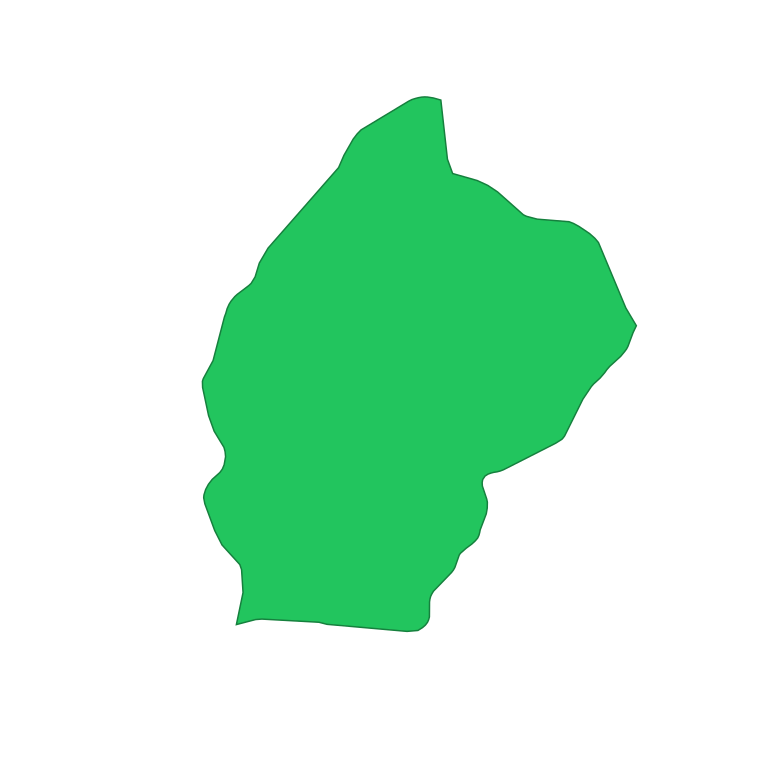 the Department of Flores, rotated 236°
{"feature_id": "URY-7", "entity_name": "Flores", "entity_type": "Department", "adm_level": 1, "iso_a3": "URY", "parent_name": "Uruguay", "parent_adm1": "", "projection": "natural_earth1", "projection_center": [-56.945, -33.556], "detail": "fine", "context": "isolated", "style": "filled", "palette": "green", "viewbox_px": 768, "rotation_deg": 236, "n_neighbors": 0, "source": "natural_earth", "source_scale": "10m", "svg_char_len": 1707}
<svg xmlns="http://www.w3.org/2000/svg" viewBox="0 0 768 768"><g transform="rotate(236 384 384)"><path d="M267.1,127.1L289.9,150.5L309.7,162.1L314.9,163.5L341.1,159.7L357.1,161.7L384.9,168.5L390.5,170.9L392.7,172.7L396.3,177.2L399.0,182.3L401.0,188.3L402.4,198.4L403.8,202.3L406.4,206.3L412.3,212.0L416.7,214.4L420.9,215.9L439.8,216.8L455.9,220.9L482.6,231.7L487.8,235.0L489.5,237.2L499.0,255.4L528.8,289.2L531.0,292.3L534.2,296.1L536.8,300.3L538.3,303.7L539.9,309.2L540.4,312.5L541.2,326.8L541.7,330.1L544.9,337.1L554.0,348.3L561.5,363.9L588.8,467.4L596.0,478.7L604.3,495.5L606.4,501.8L607.5,507.1L604.7,562.4L604.2,566.2L603.2,569.6L602.1,572.7L600.8,575.6L599.3,578.2L597.6,580.5L593.5,584.9L587.6,589.9L534.9,562.3L520.1,558.6L500.5,575.1L490.6,581.1L479.6,585.6L446.5,594.1L444.5,595.2L443.1,596.1L435.0,603.2L415.0,628.2L411.1,630.9L405.5,633.8L393.6,638.6L386.9,640.3L381.4,640.9L311.8,627.0L291.2,625.8L287.3,619.2L278.8,607.3L277.4,604.7L276.4,601.9L274.6,595.8L272.4,580.9L271.3,576.8L270.0,573.4L268.1,566.5L266.8,557.7L265.9,554.4L260.2,540.4L240.0,504.8L239.2,502.6L238.7,500.7L238.9,493.3L246.1,435.1L246.9,431.6L248.0,428.5L249.3,425.8L250.3,423.0L251.1,419.9L251.2,416.3L249.6,412.4L247.3,410.2L244.4,408.5L231.1,404.8L228.2,403.6L223.4,400.2L219.2,396.2L209.3,382.2L207.3,380.2L205.4,378.0L203.9,375.5L202.9,371.9L202.2,367.3L201.9,360.3L200.9,352.7L200.3,351.1L200.2,351.0L200.2,350.8L192.3,340.2L191.0,337.6L190.0,334.7L184.6,309.3L183.4,306.6L181.9,304.0L180.0,301.8L177.9,299.9L165.5,291.4L163.6,289.2L162.1,286.8L161.0,283.6L160.5,279.7L160.7,274.3L166.0,264.8L216.6,202.4L222.9,196.8L257.4,151.3L260.5,145.9L267.1,127.1Z" fill="#22c55e" stroke="#15803d" stroke-width="1.5"/></g></svg>